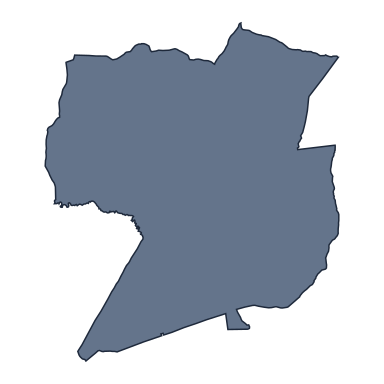 Madarjac, Iasi, Romania (orthographic projection)
{"feature_id": "2599482B56251778080144", "entity_name": "Madarjac", "entity_type": "district", "adm_level": 2, "iso_a3": "ROU", "parent_name": "Romania", "parent_adm1": "Iasi", "projection": "orthographic", "projection_center": [27.286, 47.051], "detail": "fine", "context": "isolated", "style": "filled", "palette": "slate", "viewbox_px": 384, "rotation_deg": 0, "n_neighbors": 0, "source": "geoboundaries", "source_scale": "gbopen_adm2", "svg_char_len": 5841}
<svg xmlns="http://www.w3.org/2000/svg" viewBox="0 0 384 384"><path d="M338.3,57.3L337.8,57.2L337.1,56.3L336.4,56.1L332.9,56.2L331.8,56.8L329.6,56.6L327.0,55.7L325.7,54.9L324.5,55.6L320.1,55.7L318.3,54.6L317.1,53.7L315.5,53.1L312.8,52.6L311.1,51.6L308.3,51.5L307.0,51.6L305.3,51.1L304.0,51.3L302.5,51.3L300.4,50.0L297.5,49.6L296.4,49.8L292.1,49.5L288.8,48.5L288.4,48.3L286.9,46.9L282.6,43.4L281.6,42.7L279.9,42.2L275.7,39.5L268.5,36.7L262.1,35.6L261.1,35.0L259.6,34.9L256.6,34.2L252.1,32.4L249.5,30.6L248.3,30.3L244.5,29.9L242.9,29.6L242.0,28.8L241.3,27.5L240.8,23.6L240.9,23.0L240.1,23.3L239.5,23.7L238.8,25.1L238.5,26.7L237.0,28.9L233.7,33.2L231.1,35.7L230.1,37.2L228.7,39.9L228.2,41.8L227.8,44.1L227.2,45.4L226.4,46.5L225.2,49.0L224.2,50.9L222.1,53.6L220.1,55.3L218.9,56.6L217.8,58.6L217.1,59.3L216.1,61.0L214.7,63.5L214.6,64.2L213.3,63.5L211.6,62.1L210.8,61.7L208.0,60.7L203.8,60.5L200.6,59.5L198.2,59.1L195.8,59.3L193.7,60.0L189.7,59.6L189.3,59.0L188.4,56.2L188.0,55.6L187.2,54.8L181.8,51.8L179.4,50.8L176.9,49.3L175.3,48.8L174.5,48.8L169.2,50.2L162.8,50.5L158.6,50.2L156.2,51.0L151.6,51.7L151.0,51.1L150.1,49.6L149.6,47.8L148.9,46.0L146.1,44.4L144.0,43.7L141.4,43.7L140.9,44.1L138.7,44.1L136.1,45.2L134.9,46.0L132.4,48.9L131.9,49.8L130.4,51.5L129.7,51.7L126.9,52.1L126.2,52.3L125.3,52.9L124.2,54.2L119.6,57.3L116.7,59.0L112.8,59.8L111.5,59.2L107.5,56.5L106.1,56.1L95.8,56.0L89.0,55.5L74.7,55.1L73.9,58.2L73.2,59.8L66.1,62.3L66.0,62.6L66.9,69.0L67.3,73.7L67.4,75.0L66.8,81.0L66.5,83.0L66.2,83.8L62.9,89.4L62.3,91.6L61.8,94.7L59.6,99.8L59.0,102.7L59.5,109.4L59.6,111.0L59.3,114.2L59.6,115.5L59.6,117.3L57.9,118.0L56.5,119.4L55.4,120.9L53.6,123.9L52.0,125.6L49.0,127.2L47.9,128.4L47.3,130.3L47.7,131.2L47.8,132.0L47.4,134.6L46.9,135.9L46.2,139.9L46.1,144.2L46.4,148.5L46.1,150.3L45.9,152.3L46.1,154.2L46.2,156.3L46.0,158.6L45.5,160.4L45.2,166.1L48.7,172.4L49.7,175.1L52.1,180.0L54.1,182.8L54.9,185.1L55.4,186.9L55.7,199.6L54.9,200.2L54.5,200.8L54.5,201.3L54.9,202.3L54.8,203.0L54.4,203.7L56.9,203.6L58.0,202.9L58.7,203.1L59.0,203.8L59.9,202.2L60.7,202.0L61.6,202.8L61.7,203.4L61.7,205.8L60.5,206.0L60.3,206.4L60.5,207.0L61.4,207.3L62.3,207.2L62.7,205.3L63.6,204.8L64.4,204.6L65.5,205.0L66.2,205.6L67.0,207.2L67.7,207.2L68.5,206.8L68.8,205.5L68.3,203.3L68.8,202.9L69.5,202.8L70.6,203.9L71.1,205.2L72.0,205.5L73.8,205.1L74.8,205.5L75.4,204.9L76.3,204.5L77.2,205.7L79.0,204.4L79.6,204.2L80.7,204.4L82.2,205.2L84.0,204.0L85.3,204.0L87.1,203.0L88.4,203.4L88.8,202.2L89.1,201.8L89.5,201.6L90.5,202.0L90.7,201.5L92.0,201.1L92.7,201.2L93.3,201.3L94.5,202.1L96.4,204.4L96.7,205.2L98.7,207.3L99.0,208.9L99.9,208.9L100.5,209.2L100.7,209.5L100.9,210.5L102.3,211.0L103.4,211.9L104.4,212.1L105.8,211.9L107.2,212.8L107.7,212.9L108.6,212.8L109.7,212.4L109.5,211.6L109.7,211.3L110.1,211.3L111.2,211.9L112.0,211.5L113.0,211.7L113.7,211.4L114.1,211.7L114.7,212.8L114.9,212.7L115.5,211.6L115.8,211.1L116.2,211.0L116.7,211.3L117.4,212.5L117.9,212.8L119.8,213.3L122.0,213.5L123.0,214.5L124.3,214.4L125.2,215.3L127.0,214.5L127.9,214.9L128.3,215.5L130.0,215.4L130.9,215.6L131.8,215.5L132.5,215.7L133.5,216.4L132.3,218.1L132.2,219.1L132.3,219.5L131.3,220.3L132.7,221.6L134.2,220.1L134.6,220.1L134.8,220.5L134.9,221.2L135.0,221.6L134.7,222.9L135.5,223.5L135.9,223.3L136.3,223.6L136.3,223.9L135.6,224.8L135.4,225.4L135.8,226.0L136.6,226.5L137.8,226.2L138.3,226.3L138.6,226.7L138.5,227.2L137.8,227.8L136.7,228.0L136.5,228.4L136.8,228.7L138.1,229.0L139.0,227.5L139.4,227.6L139.5,227.8L138.2,231.2L139.8,231.6L141.2,232.5L141.4,232.9L141.3,233.3L141.0,233.8L140.5,234.0L140.6,234.3L141.7,234.8L142.5,235.6L142.7,236.7L143.1,237.2L142.9,239.2L141.0,241.7L137.3,248.8L131.3,258.0L129.7,261.3L128.8,262.8L126.5,265.5L124.6,269.0L123.1,272.2L120.9,276.2L118.4,281.3L116.3,284.0L114.2,288.0L111.7,291.8L108.0,298.8L101.0,311.2L95.1,320.4L82.0,344.8L80.1,347.7L77.8,351.4L79.1,355.1L79.9,356.4L80.7,357.3L82.4,358.9L84.8,359.5L85.2,359.9L85.9,361.0L95.7,352.9L98.0,350.8L99.6,350.5L101.7,351.4L102.9,351.6L103.8,351.6L104.1,351.3L110.3,351.1L112.2,351.4L114.6,351.4L117.1,351.9L143.6,341.9L161.7,335.7L160.9,333.9L163.1,333.3L163.7,335.0L172.0,332.3L183.9,327.6L196.4,323.4L206.6,319.7L225.7,313.6L227.9,329.5L247.8,329.2L249.4,328.4L249.6,326.9L248.7,324.9L247.0,325.1L245.5,323.6L242.0,320.9L241.2,319.4L240.5,317.4L237.5,312.1L236.5,309.4L244.8,307.1L252.7,305.4L254.9,305.3L258.5,306.2L264.2,307.2L268.7,307.8L271.6,307.6L275.2,306.8L276.2,306.7L280.6,307.9L282.3,308.0L287.0,307.3L288.1,306.9L299.7,296.8L299.8,296.3L300.4,295.3L302.4,292.8L304.6,290.8L306.6,289.3L310.2,285.7L312.4,284.5L314.1,281.7L314.0,281.0L314.0,280.7L315.8,278.2L316.0,277.0L317.9,273.9L319.3,272.7L321.8,270.1L325.2,269.2L325.7,268.9L326.4,268.0L326.6,264.9L326.3,263.2L325.8,258.5L325.6,258.1L325.7,257.5L326.0,257.2L327.0,254.2L328.5,251.3L329.0,247.8L328.9,246.3L329.0,245.3L329.2,244.6L332.4,240.2L334.3,239.2L335.0,238.6L335.8,237.4L336.9,236.2L337.6,235.0L338.2,233.4L338.1,231.7L338.2,228.6L338.6,224.8L338.5,223.0L338.8,220.5L338.8,214.6L338.3,212.8L336.6,210.2L336.6,209.5L336.8,208.8L335.9,204.9L335.5,203.6L335.2,200.4L334.9,199.6L334.1,198.5L334.0,197.7L334.2,196.4L334.1,195.9L333.7,195.2L333.5,194.4L333.6,193.6L333.3,192.5L333.3,191.5L333.8,189.9L334.2,189.4L334.4,188.5L334.2,187.2L332.3,181.7L332.5,177.6L332.8,176.3L331.0,172.9L330.6,170.9L330.6,169.8L330.6,168.8L330.9,167.8L331.3,165.3L331.7,161.6L332.3,159.5L332.3,158.6L332.5,157.8L333.3,156.6L333.6,155.9L333.9,155.0L333.9,153.4L334.6,152.5L334.7,150.9L334.9,150.1L335.1,150.1L335.2,145.9L335.1,145.2L334.0,145.3L297.7,149.6L297.5,148.0L298.8,147.0L298.9,146.7L298.5,145.3L298.2,143.5L298.5,143.2L298.8,142.2L299.6,141.5L300.7,139.2L301.5,138.3L301.3,137.2L300.6,135.9L302.7,132.4L304.2,126.7L305.4,121.6L307.4,110.6L308.6,98.4L309.0,96.4L322.6,78.7L338.3,57.3Z" fill="#64748b" stroke="#1e293b" stroke-width="1.5"/></svg>